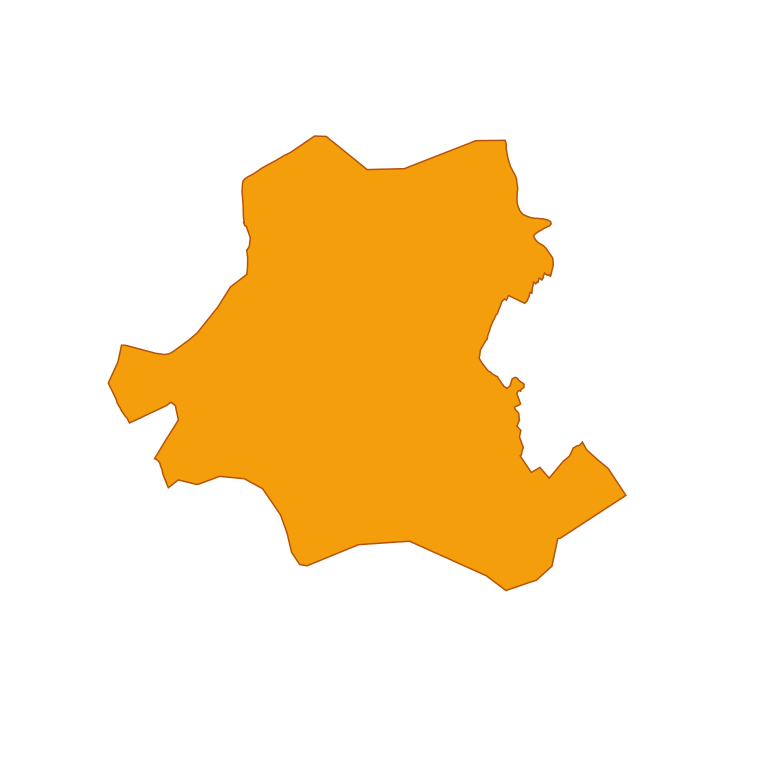 the district of Hamdan, Sana'a, Yemen, rotated 326°
{"feature_id": "15242507B55222910003716", "entity_name": "Hamdan", "entity_type": "district", "adm_level": 2, "iso_a3": "YEM", "parent_name": "Yemen", "parent_adm1": "Sana'a", "projection": "robinson", "projection_center": [44.106, 15.48], "detail": "fine", "context": "isolated", "style": "filled", "palette": "amber", "viewbox_px": 768, "rotation_deg": 326, "n_neighbors": 0, "source": "geoboundaries", "source_scale": "gbopen_adm2", "svg_char_len": 6003}
<svg xmlns="http://www.w3.org/2000/svg" viewBox="0 0 768 768"><g transform="rotate(326 384 384)"><path d="M499.7,463.0L499.8,461.5L499.1,459.9L498.4,458.0L498.2,457.4L497.9,456.3L497.8,454.8L497.6,453.3L496.9,452.3L496.7,452.0L495.3,451.7L494.0,451.5L493.8,451.4L493.2,451.4L492.3,452.1L491.8,452.4L490.7,453.3L490.1,453.8L489.9,454.1L489.1,454.6L488.4,455.4L487.9,455.7L487.7,455.8L486.8,456.1L486.2,456.2L484.8,456.2L483.9,456.2L483.4,456.4L483.3,455.9L483.0,454.8L482.8,454.3L482.4,453.5L482.1,453.0L482.1,450.8L482.0,450.2L482.0,446.4L482.1,445.9L482.1,445.4L482.0,444.4L482.0,444.1L482.0,442.9L482.0,442.6L482.0,442.2L482.3,441.5L482.1,441.2L481.2,439.9L481.0,439.2L480.4,438.2L479.6,436.8L479.2,435.2L479.0,434.1L478.9,433.4L477.7,431.4L477.0,421.7L477.3,415.7L480.1,413.1L480.1,412.9L483.0,409.7L492.4,405.0L494.5,404.6L496.0,403.0L497.7,401.4L498.7,400.7L500.3,399.4L501.5,398.7L503.9,396.5L505.7,395.4L507.9,393.8L509.9,392.7L511.1,392.0L511.3,391.9L511.9,391.6L513.9,390.4L515.5,389.4L516.6,389.2L517.3,389.1L527.6,381.8L527.6,381.6L531.3,380.9L532.4,382.9L536.7,380.2L541.6,388.6L545.8,395.8L546.9,395.6L548.8,395.3L550.7,394.1L551.5,393.5L552.9,392.9L554.1,391.8L555.1,390.5L556.5,389.6L557.2,391.5L557.6,391.2L560.3,387.7L561.6,386.6L561.9,386.3L565.0,383.3L565.4,384.3L565.9,385.5L565.9,385.8L566.7,385.4L567.6,385.0L568.2,386.0L568.6,385.8L569.9,384.6L570.2,384.3L571.1,383.4L571.5,383.1L571.9,383.0L573.0,386.0L574.5,385.3L575.8,384.8L576.2,383.8L579.1,381.9L579.3,382.4L579.3,382.8L579.9,384.5L580.3,384.6L580.6,384.8L580.8,385.6L581.8,385.6L581.8,386.5L582.0,387.3L582.2,387.8L582.7,387.4L583.9,386.5L584.9,385.5L586.4,384.1L587.6,383.0L589.4,381.5L590.6,380.2L591.3,379.3L591.6,378.8L592.5,377.3L593.4,375.7L593.9,374.6L594.2,374.0L594.3,373.0L594.3,372.8L594.2,361.8L593.8,360.2L593.4,358.3L592.8,356.9L592.1,355.6L591.4,354.1L590.9,352.7L590.5,350.6L590.3,348.7L590.5,347.0L590.6,345.5L591.7,344.5L593.0,344.2L594.4,344.2L595.8,344.1L598.8,344.1L600.5,344.4L603.3,344.4L604.8,344.6L606.4,344.9L607.6,345.0L607.9,345.1L609.4,345.5L610.7,345.2L612.1,344.7L612.4,344.0L612.9,342.7L612.3,341.1L611.8,340.2L611.4,339.5L610.5,338.5L610.4,338.4L609.2,337.0L608.2,336.0L606.9,335.2L605.8,334.2L605.1,333.5L604.4,332.9L603.0,331.8L601.8,331.1L600.6,330.0L599.5,328.8L598.5,327.8L597.6,326.7L596.5,325.2L595.5,323.5L594.7,322.2L594.1,320.9L593.7,319.1L593.6,317.8L593.6,317.5L593.6,316.0L593.9,314.5L594.2,312.9L594.6,311.4L595.1,309.9L595.6,308.4L596.5,306.9L597.2,305.8L597.3,305.7L598.1,304.4L598.4,304.0L599.1,303.0L600.2,301.5L601.1,300.3L601.1,300.2L602.1,299.1L602.4,298.8L603.2,298.0L603.7,297.3L603.9,297.1L604.2,296.7L604.6,295.8L605.0,295.1L606.0,292.8L606.7,291.5L607.4,290.2L608.7,287.6L609.1,286.1L609.5,283.7L609.7,281.8L609.7,280.3L610.0,278.5L610.2,276.9L610.3,275.4L610.8,273.4L611.2,272.0L611.2,271.7L611.5,270.4L612.2,268.7L612.7,267.2L613.0,266.5L613.3,265.6L613.9,264.0L614.6,262.7L615.1,261.2L615.8,259.7L616.5,258.2L617.3,256.5L619.0,254.5L620.8,249.8L617.8,247.8L610.0,242.7L596.4,233.7L521.1,216.8L519.0,215.4L489.9,196.8L489.7,196.1L484.9,180.4L479.4,162.3L476.6,153.4L474.6,146.5L465.1,139.6L441.0,139.7L436.0,139.7L434.1,139.5L432.5,139.3L430.8,139.2L429.5,138.7L428.1,138.7L426.6,138.6L425.1,138.6L423.3,138.5L421.9,138.3L420.3,138.3L418.4,138.1L416.4,138.0L415.0,137.7L413.6,137.7L412.1,137.6L410.5,137.3L409.1,137.2L407.5,137.0L405.8,137.0L404.4,136.7L401.5,136.7L399.9,136.8L393.3,136.8L391.5,136.6L390.0,136.5L388.7,136.3L387.2,136.1L383.8,136.1L382.5,136.4L381.2,136.7L380.0,137.4L378.7,138.9L377.4,140.5L376.5,141.6L375.6,142.9L374.5,144.2L373.6,145.5L372.9,146.8L372.1,148.3L371.4,149.6L370.5,151.2L369.6,152.5L369.0,153.8L368.2,155.2L367.4,156.6L366.4,158.2L365.4,159.8L364.6,161.1L363.7,162.4L362.4,164.4L361.5,165.9L360.6,167.3L360.0,168.7L359.2,170.3L358.5,172.0L357.9,171.6L357.2,174.6L357.9,176.4L355.0,188.0L348.9,194.9L345.0,196.3L341.7,202.9L336.1,210.9L331.9,215.9L331.9,216.4L310.9,217.7L289.3,227.3L257.6,237.2L247.2,238.4L240.0,238.7L227.4,239.2L222.7,238.8L218.2,236.6L215.4,234.0L211.7,230.7L191.6,207.6L188.1,205.0L186.1,207.0L175.8,216.9L156.0,229.0L153.3,247.5L152.7,248.9L152.3,250.4L152.1,252.0L151.9,253.6L151.9,255.2L151.8,257.0L151.4,259.2L151.4,260.7L151.4,262.6L151.4,264.5L151.5,266.3L151.8,267.9L151.9,269.5L151.7,270.3L151.2,274.0L158.7,275.2L192.1,280.3L192.3,280.2L197.2,280.0L198.9,285.3L193.4,298.9L175.6,306.8L173.6,307.6L171.8,308.4L152.0,317.6L153.1,319.1L153.7,321.1L153.9,322.6L153.9,322.8L154.1,323.5L152.9,327.0L152.2,330.7L150.7,333.8L149.8,337.3L147.2,349.4L159.9,348.5L172.3,362.3L174.5,363.4L175.7,363.7L179.0,364.5L190.9,367.4L196.0,368.6L213.4,382.9L215.2,384.4L215.4,384.8L218.3,390.4L224.8,402.9L225.0,428.7L225.0,434.7L220.3,453.3L213.2,471.9L213.2,472.1L213.2,486.4L213.2,486.6L214.6,487.9L214.8,488.1L218.6,491.7L223.5,492.7L251.6,498.5L273.1,503.0L275.0,504.1L279.0,506.4L307.3,522.8L308.0,523.2L317.3,528.7L361.7,600.4L364.3,608.0L365.1,610.4L369.6,623.4L382.9,627.0L391.5,629.3L400.7,631.9L411.1,630.4L421.4,628.9L421.8,628.5L430.6,620.0L440.3,610.6L441.6,609.3L443.6,610.4L503.7,611.3L513.2,611.5L522.3,611.6L522.3,607.4L522.4,599.9L522.4,595.1L522.5,589.6L522.6,579.4L521.6,575.9L520.1,570.8L519.3,568.2L518.9,566.7L518.7,565.9L517.3,560.4L516.3,556.3L515.2,551.9L515.4,549.5L515.8,545.4L516.0,543.1L511.8,544.2L511.5,544.1L509.2,543.2L507.8,543.1L505.1,542.9L503.2,544.1L500.6,545.7L497.1,547.6L494.1,547.9L490.4,548.2L489.4,548.3L468.3,554.4L466.6,540.3L464.7,540.2L464.1,540.2L456.7,539.7L456.7,519.7L458.4,519.5L459.0,519.0L459.5,518.4L460.3,517.5L461.7,516.0L463.2,515.2L464.1,514.4L465.1,510.0L466.7,503.6L471.5,499.0L471.5,498.9L471.1,496.4L470.6,493.3L475.4,490.1L475.8,490.1L479.3,483.6L479.3,483.2L479.3,482.4L479.2,482.1L478.6,478.9L478.9,476.7L479.3,476.2L480.0,476.1L483.2,476.9L486.0,476.9L486.3,476.1L488.9,465.9L491.6,464.8L492.5,465.3L493.3,466.4L494.1,465.5L495.2,465.0L495.6,465.0L496.5,465.1L497.9,465.2L499.7,463.0Z" fill="#f59e0b" stroke="#b45309" stroke-width="1.5"/></g></svg>